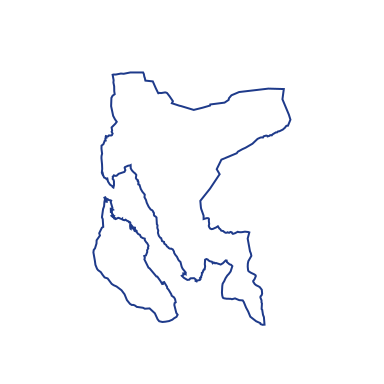 Dyrøy nor, Troms, Norway (orthographic projection), rotated 294°
{"feature_id": "86288312B15388933867653", "entity_name": "Dyrøy nor", "entity_type": "district", "adm_level": 2, "iso_a3": "NOR", "parent_name": "Norway", "parent_adm1": "Troms", "projection": "orthographic", "projection_center": [17.654, 69.021], "detail": "fine", "context": "isolated", "style": "outline", "palette": "blue", "viewbox_px": 384, "rotation_deg": 294, "n_neighbors": 0, "source": "geoboundaries", "source_scale": "gbopen_adm2", "svg_char_len": 6049}
<svg xmlns="http://www.w3.org/2000/svg" viewBox="0 0 384 384"><g transform="rotate(294 192 192)"><path d="M323.4,234.0L317.5,219.7L302.5,194.4L296.4,188.7L292.6,187.6L291.2,188.0L290.9,187.9L286.9,185.4L279.4,173.1L278.3,173.3L273.4,167.5L267.7,160.2L266.0,146.8L265.7,145.4L264.9,137.5L267.2,137.6L270.3,132.6L272.2,129.1L272.3,128.3L272.1,127.0L269.8,123.5L269.3,121.9L268.6,121.3L268.5,121.0L272.0,116.8L277.1,111.2L274.8,104.1L277.5,102.1L277.7,101.7L280.1,100.1L281.3,98.7L276.1,87.0L272.2,81.5L271.3,78.9L268.3,74.6L267.3,72.4L266.8,71.8L262.3,74.9L260.0,75.7L256.9,77.9L252.4,80.0L249.9,81.6L247.7,80.3L245.2,80.1L237.5,83.2L229.5,89.0L227.2,91.9L225.5,94.7L223.2,94.2L218.3,92.3L215.5,94.1L214.3,94.1L213.1,95.7L211.3,95.7L210.7,95.1L209.9,93.1L208.8,92.8L208.3,91.9L208.1,90.6L207.3,90.7L206.7,91.7L206.0,91.1L205.2,91.2L203.9,92.2L203.3,91.4L199.6,91.6L197.6,90.5L194.7,91.7L190.4,94.3L188.1,94.7L186.1,95.5L180.6,98.6L176.5,100.6L172.9,101.8L171.8,103.0L172.4,103.1L171.2,104.0L169.5,105.8L169.5,107.9L169.0,108.6L169.8,109.2L167.4,111.0L165.5,113.9L165.2,114.9L165.0,116.6L164.2,117.6L164.1,118.4L166.6,117.9L169.9,116.4L171.1,115.5L171.7,114.2L173.5,113.7L173.7,113.4L175.5,113.9L175.4,115.1L176.2,116.5L178.8,117.6L182.9,122.1L184.9,122.2L186.7,120.6L187.4,120.6L190.0,122.9L191.2,124.7L191.6,125.0L188.7,126.4L187.3,128.3L186.3,130.7L185.8,132.6L184.9,134.2L182.0,135.0L181.3,135.9L180.9,136.7L180.7,137.9L179.7,138.1L179.3,139.1L177.5,139.6L177.5,140.0L177.1,140.1L177.1,141.2L174.0,143.9L172.1,146.5L170.4,149.9L167.9,150.7L166.0,153.2L163.8,155.0L160.9,158.4L159.2,161.4L159.1,163.1L158.3,164.6L157.7,164.9L157.3,165.8L155.6,166.5L154.9,167.4L154.8,168.7L154.3,169.9L148.3,173.0L147.6,174.0L145.1,174.9L143.1,176.8L140.8,177.5L138.5,179.5L137.3,181.6L137.3,182.6L135.0,184.6L135.0,186.8L133.6,187.6L133.1,189.9L132.1,191.2L131.8,192.8L131.3,193.5L131.3,195.1L131.8,196.0L131.7,197.8L130.3,199.7L129.1,200.5L127.9,202.2L126.7,204.6L124.7,206.9L124.1,207.8L123.4,209.9L119.6,212.9L118.1,214.6L115.9,219.0L114.4,219.6L114.7,218.2L114.1,217.2L113.3,218.1L111.3,216.8L110.3,219.5L109.8,223.5L110.8,225.2L112.5,225.7L114.1,228.9L113.6,231.0L112.2,231.4L112.2,232.6L113.2,232.6L114.7,234.9L116.0,235.2L116.6,234.3L117.3,234.5L117.8,235.0L118.3,234.7L120.3,234.7L122.2,233.9L122.7,234.5L124.9,234.2L125.1,234.5L126.1,234.4L126.5,235.0L129.5,234.2L131.2,233.1L135.5,231.5L136.6,232.4L136.7,233.8L136.2,234.9L136.0,236.4L136.4,238.6L135.3,239.9L136.5,240.6L136.2,242.1L136.9,242.7L137.4,247.7L139.5,249.2L143.2,250.6L143.5,251.5L142.2,252.4L141.7,254.0L141.2,255.7L141.4,257.3L140.7,259.0L135.1,259.6L132.3,259.0L130.0,258.2L126.8,257.7L123.8,257.7L120.7,257.3L118.4,257.9L112.2,260.3L109.6,261.8L108.0,263.2L107.9,264.5L108.6,267.1L110.1,270.6L110.3,272.1L112.3,274.6L112.4,279.1L113.6,282.4L112.6,284.0L108.4,288.4L105.7,291.9L101.8,296.0L100.0,303.2L100.0,307.7L99.2,308.4L99.4,310.5L100.3,312.2L106.9,308.6L108.7,306.8L113.0,304.0L113.4,303.2L118.7,301.2L119.3,300.5L121.4,299.5L123.0,297.8L123.8,297.2L124.5,297.1L126.0,297.6L127.7,297.4L131.1,295.5L132.7,292.5L132.9,290.3L132.9,288.7L133.4,286.8L134.8,284.6L135.5,284.1L137.9,284.6L141.2,284.5L141.8,283.9L142.1,282.4L142.2,278.6L142.5,276.5L142.8,275.6L143.6,274.9L146.4,273.3L149.1,272.2L151.7,271.6L157.8,272.2L159.9,270.7L161.4,269.1L172.1,261.8L178.4,260.8L178.3,259.6L177.3,256.5L175.4,253.6L174.8,252.3L174.3,250.7L174.3,250.0L171.9,248.1L170.4,246.4L170.6,245.6L171.3,244.8L171.3,244.3L171.1,243.3L169.9,242.6L169.7,241.9L169.7,240.9L169.0,240.4L168.4,239.1L168.6,237.6L169.0,236.5L168.6,234.4L169.5,233.0L169.7,231.9L171.2,229.6L169.5,228.5L166.7,226.0L166.0,224.9L166.0,223.4L166.9,222.0L167.9,221.1L169.8,220.7L172.5,219.1L174.2,218.5L174.7,217.8L174.4,216.7L173.9,215.8L172.0,213.6L175.1,212.2L180.5,207.1L181.7,206.3L187.3,203.2L202.4,207.1L219.5,210.0L222.9,205.3L233.5,205.7L245.6,217.1L247.5,217.5L251.6,220.6L254.2,222.9L260.7,227.6L267.2,230.3L269.6,232.4L270.1,233.2L270.7,234.7L272.0,234.8L273.7,236.8L273.9,237.9L273.5,238.4L274.9,240.0L275.6,240.2L276.2,241.2L276.2,241.8L277.5,242.2L280.6,244.4L281.0,245.4L282.4,246.0L283.0,247.1L286.0,249.6L288.9,250.9L290.1,251.0L291.1,251.6L291.6,252.7L298.1,252.5L302.0,249.1L313.5,236.9L323.4,234.0ZM148.2,117.2L149.5,116.9L150.0,116.2L151.1,116.2L151.9,114.9L151.2,114.3L150.2,115.4L147.3,116.0L143.2,117.5L140.3,117.7L132.3,120.0L130.9,121.5L124.0,125.1L122.7,124.2L116.6,124.0L114.8,125.6L109.1,124.5L106.1,125.7L101.1,126.3L99.1,125.8L96.7,126.5L89.9,131.1L86.2,133.4L83.2,136.5L82.4,138.0L81.7,141.3L80.1,143.8L78.4,146.9L78.7,150.1L75.4,156.0L75.0,158.3L75.0,161.5L73.6,167.5L71.1,172.0L66.8,176.5L64.6,180.8L64.3,182.9L65.0,184.4L65.1,186.0L64.6,188.3L66.3,194.3L66.2,196.4L68.4,200.6L66.1,207.4L61.7,212.4L60.6,214.6L61.2,217.8L62.6,220.3L64.8,223.6L67.4,226.0L69.4,227.0L71.6,228.6L74.0,228.8L75.2,226.8L81.6,221.8L83.4,221.3L84.6,222.0L87.2,220.1L88.4,218.5L89.0,215.6L90.1,214.7L93.1,210.5L94.1,208.4L95.2,207.8L98.4,203.2L97.3,202.0L96.2,202.8L95.8,202.2L97.7,199.6L100.6,194.7L100.3,193.9L105.0,184.3L105.2,183.0L111.1,175.9L112.7,175.7L114.1,174.4L115.3,175.7L119.0,175.5L120.5,174.7L122.8,174.9L123.4,174.3L125.1,174.2L127.0,171.9L127.3,170.9L128.7,168.6L130.2,167.8L129.9,165.9L130.1,163.7L131.7,161.8L131.7,160.0L132.7,158.0L134.0,157.2L134.1,156.5L133.2,156.6L133.1,155.4L133.8,154.6L133.8,155.4L136.2,154.4L135.9,153.2L134.7,153.4L134.6,152.9L136.3,151.5L137.1,149.9L133.4,151.1L133.5,150.6L135.7,149.3L138.9,148.1L139.3,147.2L138.8,146.7L139.4,145.5L139.3,144.0L139.7,142.6L138.8,141.9L138.5,140.5L138.6,139.5L138.7,139.2L139.2,139.0L138.7,138.7L138.9,138.1L139.1,138.1L138.7,138.0L138.5,137.6L138.6,136.5L138.4,135.1L136.2,133.3L136.2,131.9L136.9,132.0L136.9,130.4L138.4,130.6L138.4,129.6L137.3,128.8L137.5,128.1L139.2,128.9L139.9,127.6L141.3,126.9L140.8,126.0L143.7,124.6L144.0,125.4L143.1,126.5L143.7,127.1L144.2,125.8L145.1,125.8L149.8,121.8L151.2,121.7L151.2,121.2L151.3,121.0L150.8,119.4L151.2,117.9L150.0,117.5L148.4,118.1L148.2,117.2Z" fill="none" stroke="#1e3a8a" stroke-width="2"/></g></svg>